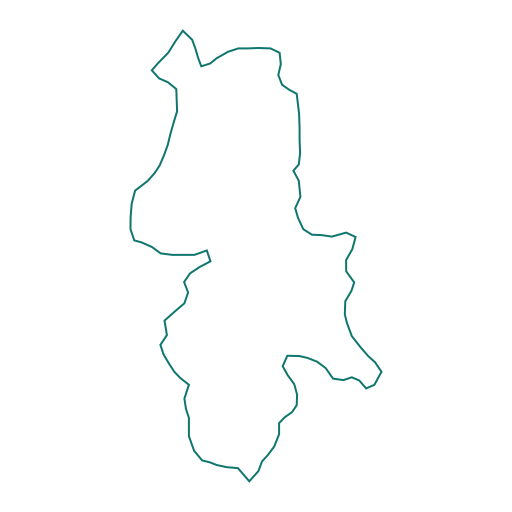 Entre Folhas, Minas Gerais, Brazil
{"feature_id": "56859067B8207809670025", "entity_name": "Entre Folhas", "entity_type": "district", "adm_level": 2, "iso_a3": "BRA", "parent_name": "Brazil", "parent_adm1": "Minas Gerais", "projection": "natural_earth1", "projection_center": [-42.24, -19.656], "detail": "fine", "context": "isolated", "style": "outline", "palette": "teal", "viewbox_px": 512, "rotation_deg": 0, "n_neighbors": 0, "source": "geoboundaries", "source_scale": "gbopen_adm2", "svg_char_len": 1602}
<svg xmlns="http://www.w3.org/2000/svg" viewBox="0 0 512 512"><path d="M249.3,481.3L258.4,471.1L262.1,461.3L267.8,455.1L274.3,446.4L279.1,434.2L279.1,423.1L284.8,417.2L292.1,412.1L296.7,405.2L297.1,394.6L294.2,384.1L287.7,375.2L282.7,366.2L287.3,355.8L299.1,356.0L307.4,357.9L317.1,361.7L325.7,368.1L333.0,378.6L343.4,380.1L351.8,377.3L359.3,380.5L366.1,388.4L374.4,384.8L381.5,371.8L375.0,362.2L368.5,356.4L360.9,347.7L351.8,336.1L347.0,323.1L344.8,314.4L345.3,301.2L351.5,290.7L354.2,282.4L346.2,271.3L346.1,260.1L352.3,249.2L355.6,237.0L346.1,232.6L331.9,236.6L321.6,235.1L311.9,234.7L303.3,229.2L298.0,217.8L295.2,208.2L300.4,196.9L298.8,180.8L293.4,170.7L298.8,164.5L300.1,153.3L299.6,140.3L299.6,128.7L299.1,113.8L296.7,93.8L289.7,90.1L282.1,84.8L278.3,75.0L280.8,64.1L279.6,52.8L270.5,48.4L258.4,48.0L247.7,48.4L238.3,48.4L228.0,51.8L216.7,58.2L210.2,63.5L201.3,66.3L197.9,57.3L195.4,48.6L192.2,39.8L182.8,30.7L175.8,40.7L168.2,52.8L158.3,62.9L151.8,70.3L159.1,78.4L168.0,82.3L176.3,89.1L177.1,111.3L173.7,122.4L170.6,133.2L167.7,145.1L164.3,154.5L159.6,165.6L154.6,173.1L147.6,181.0L135.1,190.6L131.7,203.6L130.6,217.2L130.5,229.2L134.3,240.4L141.6,242.4L152.1,247.1L160.7,253.4L172.6,254.9L182.8,254.9L194.3,254.9L206.8,250.5L210.5,261.3L199.8,266.9L190.1,273.3L184.1,282.0L188.1,292.5L184.4,303.3L175.8,310.6L164.5,320.6L166.9,335.1L160.4,344.9L163.6,354.5L169.3,364.1L174.5,372.0L180.4,378.1L188.9,384.8L184.4,398.6L186.0,409.1L188.9,417.8L188.9,436.1L194.1,450.8L202.1,460.4L209.7,462.3L217.0,465.1L226.9,467.2L237.9,468.1L249.3,481.3Z" fill="none" stroke="#0f766e" stroke-width="2"/></svg>